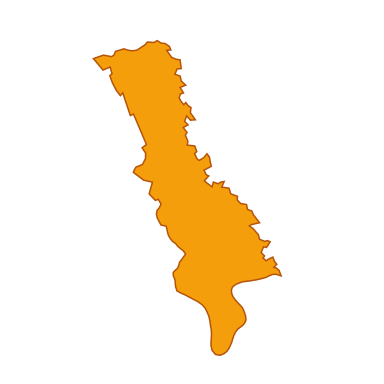 the district of Itatiba do Sul, Rio Grande do Sul, Brazil, rotated 157°
{"feature_id": "56859067B16431259864776", "entity_name": "Itatiba do Sul", "entity_type": "district", "adm_level": 2, "iso_a3": "BRA", "parent_name": "Brazil", "parent_adm1": "Rio Grande do Sul", "projection": "equal_earth", "projection_center": [-52.482, -27.355], "detail": "fine", "context": "isolated", "style": "filled", "palette": "amber", "viewbox_px": 384, "rotation_deg": 157, "n_neighbors": 0, "source": "geoboundaries", "source_scale": "gbopen_adm2", "svg_char_len": 2617}
<svg xmlns="http://www.w3.org/2000/svg" viewBox="0 0 384 384"><g transform="rotate(157 192 192)"><path d="M233.9,33.3L230.0,30.7L225.5,30.7L222.1,31.7L219.5,33.3L216.6,35.8L214.1,38.2L211.9,40.9L209.4,43.7L207.0,45.8L203.7,47.8L200.4,48.7L197.6,49.3L195.0,50.6L192.3,53.1L191.1,57.1L190.7,61.9L190.8,65.6L191.9,69.2L193.3,72.6L194.5,76.5L195.2,79.8L195.0,83.6L193.9,86.6L191.7,88.8L187.6,89.8L183.8,89.8L180.9,89.6L177.4,88.7L173.7,87.6L170.6,86.9L166.6,85.9L163.6,85.4L160.7,84.9L157.4,84.5L154.0,84.7L150.3,84.7L146.7,83.4L142.7,80.0L142.5,85.8L143.8,88.7L146.1,90.7L142.2,92.3L143.2,95.8L143.0,100.5L148.2,100.3L150.6,99.7L152.4,103.4L150.2,104.8L152.0,109.2L147.5,113.6L145.1,111.8L139.5,115.6L141.5,117.8L144.3,118.1L148.3,122.1L147.6,126.6L150.1,134.5L152.5,138.3L150.0,138.8L141.8,137.3L144.4,147.1L144.4,151.2L147.7,154.2L146.7,159.2L151.7,162.4L153.5,167.1L151.8,170.2L157.1,175.3L156.4,181.0L162.7,184.9L158.3,189.1L162.0,189.9L164.5,189.3L168.5,192.8L171.5,188.9L174.9,194.7L176.2,197.6L170.3,200.2L172.2,202.4L172.4,207.4L164.2,208.1L163.6,211.6L162.3,217.4L163.3,221.4L167.8,219.0L173.3,218.3L174.5,221.3L174.5,226.5L171.8,227.3L171.5,233.4L178.1,237.0L176.0,240.1L175.9,247.0L173.3,248.8L174.9,254.8L169.4,255.3L171.2,259.9L167.1,264.2L165.4,258.7L160.7,257.2L162.5,265.7L159.9,270.2L161.9,273.0L162.7,276.8L165.4,275.6L166.5,278.9L167.1,283.6L164.5,286.7L161.1,286.5L162.1,292.9L156.0,292.8L158.5,298.3L157.6,303.4L161.7,307.0L157.7,311.1L153.7,309.8L151.3,318.3L154.6,320.3L158.1,323.8L160.0,332.4L156.1,331.0L155.9,334.8L158.8,339.3L162.1,341.0L164.9,345.0L168.3,344.4L174.5,347.5L177.4,345.9L181.7,345.1L187.4,344.1L191.9,345.3L196.0,347.9L198.7,350.4L207.5,351.3L210.4,348.5L213.1,348.0L220.0,352.6L230.6,353.3L226.3,339.0L218.5,339.0L219.4,332.1L222.2,331.2L222.6,323.6L222.0,315.4L220.3,308.7L217.0,310.3L217.8,300.4L218.9,286.5L215.4,286.5L215.4,261.1L215.4,253.5L220.7,252.2L219.5,245.9L221.8,240.9L226.7,236.8L230.5,236.7L233.8,236.8L236.2,235.1L238.3,233.0L231.9,221.8L224.6,216.5L232.2,207.0L229.0,198.6L225.9,198.4L225.2,193.0L228.6,190.0L231.1,188.9L233.3,185.8L234.1,181.9L233.5,173.8L229.1,170.6L229.9,166.2L230.6,162.2L230.4,158.5L229.3,154.4L227.1,150.7L226.3,147.5L224.5,144.0L222.9,141.1L222.2,137.3L231.0,132.1L232.9,129.5L235.2,127.4L237.9,126.5L240.7,125.3L241.9,122.3L242.0,117.7L244.0,111.6L244.5,106.9L242.4,104.1L240.4,101.9L238.1,99.4L235.8,96.5L233.0,93.1L229.7,89.1L226.7,84.3L225.3,80.0L225.0,75.8L225.0,71.3L225.8,66.7L227.3,61.3L228.1,57.6L229.5,53.7L231.3,50.0L232.9,46.9L234.5,43.3L235.4,38.5L233.9,33.3Z" fill="#f59e0b" stroke="#b45309" stroke-width="1.5"/></g></svg>